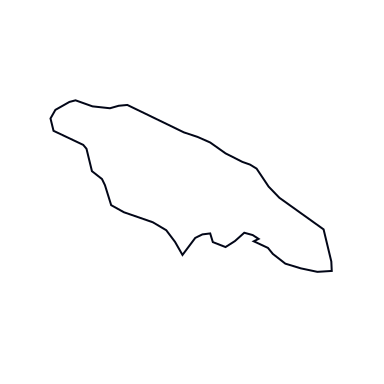 Jamaica, Mercator projection, rotated 18°
{"feature_id": "JAM", "entity_name": "Jamaica", "entity_type": "country or territory", "adm_level": 0, "iso_a3": "JAM", "parent_name": "North America", "parent_adm1": "", "projection": "mercator", "projection_center": [-77.28, 18.119], "detail": "fine", "context": "isolated", "style": "outline", "palette": "ink", "viewbox_px": 384, "rotation_deg": 18, "n_neighbors": 0, "source": "natural_earth", "source_scale": "50m", "svg_char_len": 730}
<svg xmlns="http://www.w3.org/2000/svg" viewBox="0 0 384 384"><g transform="rotate(18 192 192)"><path d="M194.0,139.3L212.0,144.9L230.6,147.8L238.7,148.0L246.2,149.8L263.2,163.2L276.9,170.5L328.7,186.9L346.0,215.1L349.3,223.9L335.9,229.2L319.0,231.0L302.9,231.3L288.0,225.9L281.5,221.7L266.0,219.8L269.8,216.0L263.0,214.2L254.3,214.6L248.0,225.4L240.9,234.0L227.3,233.2L222.1,225.8L215.0,229.1L209.3,234.6L202.4,254.8L191.3,244.7L179.3,236.3L164.1,232.9L133.5,232.3L119.2,229.5L107.1,212.4L102.4,207.5L90.4,203.1L78.3,183.5L74.0,180.8L41.4,176.6L34.7,165.8L36.7,156.1L47.6,144.2L52.9,140.8L70.9,141.3L88.1,137.7L95.7,132.6L103.6,129.2L165.9,137.8L180.3,137.9L194.0,139.3Z" fill="none" stroke="#020617" stroke-width="2"/></g></svg>